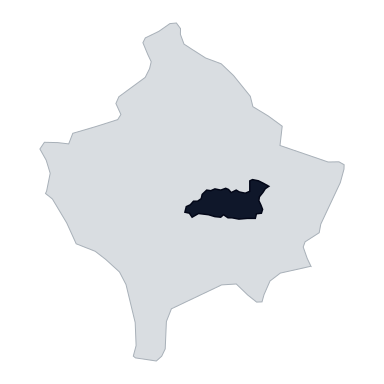 where Lipljan sits in Kosovo
{"feature_id": "KOS-5903", "entity_name": "Lipljan", "entity_type": "District", "adm_level": 1, "iso_a3": "XKX", "parent_name": "Kosovo", "parent_adm1": "", "projection": "orthographic", "projection_center": [21.101, 42.527], "detail": "fine", "context": "in_parent", "style": "filled", "palette": "ink", "viewbox_px": 384, "rotation_deg": 0, "n_neighbors": 0, "source": "natural_earth", "source_scale": "10m", "svg_char_len": 1577}
<svg xmlns="http://www.w3.org/2000/svg" viewBox="0 0 384 384"><path d="M95.7,126.6L117.7,119.6L120.9,114.5L115.9,103.5L118.9,96.7L145.2,77.4L149.6,68.6L151.2,61.7L147.7,54.3L142.9,42.7L145.3,37.9L158.9,31.3L169.9,23.6L176.4,23.0L180.5,28.6L180.4,34.4L184.0,44.1L192.1,49.4L205.6,58.0L221.2,63.8L233.5,75.5L250.3,96.3L252.9,106.7L268.1,115.9L282.2,126.2L280.0,145.5L328.1,162.0L338.9,161.8L344.1,164.7L344.0,169.1L340.3,182.6L320.8,224.1L319.2,232.7L305.1,241.8L303.2,247.0L307.2,258.4L311.0,266.4L310.7,266.3L280.3,273.1L270.0,281.0L264.0,294.7L262.0,301.9L256.6,302.1L247.7,295.0L236.3,284.0L221.6,284.9L171.4,308.8L166.4,321.5L165.2,348.9L161.7,356.2L156.3,361.0L135.5,357.9L133.3,356.1L136.1,345.6L135.2,322.6L126.0,284.5L119.5,272.0L105.8,259.5L95.2,251.3L76.2,243.8L66.7,222.9L52.4,199.0L45.5,193.5L46.6,191.1L50.2,173.3L46.2,160.2L39.9,149.0L44.4,142.3L57.7,142.6L68.7,143.9L72.8,133.3L95.7,126.6Z" fill="#d9dde1" stroke="#a8b0b8" stroke-width="1"/><path d="M186.3,206.6L190.3,204.8L193.5,201.2L197.6,201.2L201.2,198.7L202.2,194.4L206.7,190.1L210.8,190.7L214.9,188.9L220.8,190.1L225.7,188.3L228.5,189.5L231.2,192.6L236.2,190.1L239.4,192.0L245.3,193.2L249.8,191.3L249.8,186.4L249.8,180.9L252.5,179.6L258.4,180.8L263.4,183.3L268.8,186.3L265.3,188.7L263.0,192.3L259.4,196.8L258.8,200.6L260.9,205.0L262.6,209.4L261.4,213.2L256.4,213.8L255.3,218.4L247.1,218.4L238.9,219.1L232.1,217.8L228.0,217.8L223.5,214.7L220.7,217.2L214.8,216.6L208.5,214.7L203.5,214.1L198.5,213.5L192.1,217.2L189.4,213.2L184.9,212.2L186.3,206.6Z" fill="#0f172a" stroke="#020617" stroke-width="1.5"/></svg>